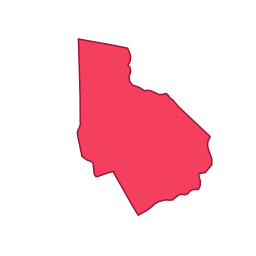 Massaranduba, Paraíba, Brazil (Equal Earth projection), rotated 307°
{"feature_id": "56859067B15048816693179", "entity_name": "Massaranduba", "entity_type": "district", "adm_level": 2, "iso_a3": "BRA", "parent_name": "Brazil", "parent_adm1": "Paraíba", "projection": "equal_earth", "projection_center": [-35.759, -7.193], "detail": "fine", "context": "isolated", "style": "filled", "palette": "rose", "viewbox_px": 256, "rotation_deg": 307, "n_neighbors": 0, "source": "geoboundaries", "source_scale": "gbopen_adm2", "svg_char_len": 1263}
<svg xmlns="http://www.w3.org/2000/svg" viewBox="0 0 256 256"><g transform="rotate(307 128 128)"><path d="M169.2,34.8L164.2,38.9L144.5,54.7L141.6,57.0L123.3,71.6L107.4,83.7L105.3,85.2L102.7,87.5L99.4,88.8L96.7,89.1L93.5,90.5L91.0,93.2L88.6,95.7L86.8,98.0L85.0,100.0L83.0,102.2L80.7,104.9L77.6,108.2L77.7,114.2L78.8,117.6L79.1,121.0L74.9,125.1L72.9,126.8L70.7,128.9L69.9,131.8L72.0,133.7L75.2,135.7L78.1,137.6L80.9,139.6L84.3,142.1L68.2,179.3L64.5,188.6L67.7,190.0L72.4,192.2L76.4,193.6L78.8,194.1L83.0,194.9L87.7,196.8L90.9,199.3L93.2,201.3L94.9,203.9L97.0,206.6L100.6,207.6L103.8,208.5L106.8,209.9L108.9,213.7L111.6,215.3L114.9,215.4L118.2,217.2L121.3,221.2L125.3,220.4L129.0,217.9L132.0,213.8L134.3,212.0L136.6,214.2L138.6,216.4L140.9,216.7L143.4,216.8L146.6,216.8L149.0,217.0L151.4,215.4L153.9,213.3L159.3,205.1L161.0,203.0L163.4,201.0L165.7,199.8L170.6,198.7L174.6,162.6L175.0,158.9L175.4,155.5L177.4,146.6L177.2,143.5L178.2,140.6L178.5,137.6L175.5,135.3L173.3,132.5L172.5,128.2L171.4,123.8L170.0,121.0L167.5,118.4L167.3,112.8L166.2,109.4L165.0,105.7L166.0,101.7L169.3,98.0L174.4,96.4L177.6,93.1L178.3,90.0L181.3,90.0L183.9,88.8L187.0,86.9L188.8,84.2L191.5,79.7L184.9,65.8L175.0,46.3L169.2,34.8Z" fill="#f43f5e" stroke="#9f1239" stroke-width="1.5"/></g></svg>